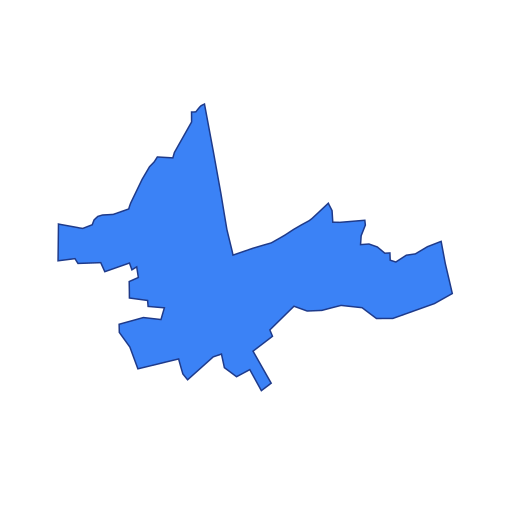 outline of Al-Ahram, Al Jizah, Egypt, rotated 283°
{"feature_id": "37247803B9687639154335", "entity_name": "Al-Ahram", "entity_type": "district", "adm_level": 2, "iso_a3": "EGY", "parent_name": "Egypt", "parent_adm1": "Al Jizah", "projection": "albers", "projection_center": [31.147, 29.99], "detail": "fine", "context": "isolated", "style": "filled", "palette": "blue", "viewbox_px": 512, "rotation_deg": 283, "n_neighbors": 0, "source": "geoboundaries", "source_scale": "gbopen_adm2", "svg_char_len": 1701}
<svg xmlns="http://www.w3.org/2000/svg" viewBox="0 0 512 512"><g transform="rotate(283 256 256)"><path d="M381.8,160.8L372.1,163.1L338.5,153.2L332.9,152.9L330.3,137.6L324.7,135.6L319.1,132.2L305.1,127.8L289.6,124.3L279.5,122.0L276.2,121.6L273.2,121.4L264.4,107.5L262.1,99.6L261.4,97.2L259.0,93.0L257.0,91.6L254.7,90.1L249.6,89.4L243.9,81.0L243.6,77.4L243.6,75.6L243.5,73.8L243.4,71.5L242.8,59.0L242.7,56.3L242.0,56.5L221.0,61.1L206.8,64.2L212.7,80.2L208.7,84.2L214.6,106.2L206.7,112.2L220.7,134.3L214.6,138.2L218.6,142.2L208.6,146.2L202.6,138.2L192.9,140.6L186.6,142.1L188.3,160.4L182.6,162.2L184.9,178.4L178.2,178.0L172.7,177.7L170.7,160.1L166.5,152.4L161.8,143.7L158.7,138.0L150.8,140.0L138.9,153.6L136.3,155.3L119.5,166.3L123.0,173.3L132.1,191.4L138.3,203.8L136.9,204.5L129.9,208.3L124.6,211.3L120.0,217.2L148.1,237.0L152.7,244.4L140.1,250.3L134.0,264.2L143.9,275.5L126.0,291.5L135.5,299.4L162.6,274.5L181.5,290.1L187.1,286.1L215.6,304.3L213.9,318.2L217.8,332.4L222.2,340.7L227.0,350.0L228.1,359.3L229.5,371.0L225.3,380.4L222.2,387.4L225.9,403.3L249.8,440.6L263.6,455.7L276.9,449.2L291.3,442.1L311.9,433.1L303.6,420.9L293.9,410.8L290.6,402.3L281.6,393.6L282.1,387.7L289.1,385.8L287.7,380.9L292.1,372.2L293.1,363.4L290.6,355.3L299.4,353.9L310.7,355.6L315.3,354.0L307.7,330.3L306.2,323.2L317.3,319.9L319.0,318.5L322.4,315.6L323.7,314.6L305.2,302.2L302.4,299.9L296.4,293.1L290.4,286.7L282.7,279.3L276.2,272.3L272.9,268.7L272.0,267.6L268.6,261.4L263.9,253.1L262.9,251.3L251.7,233.4L255.5,231.6L273.4,222.6L275.2,221.7L289.9,215.6L308.6,207.9L348.0,191.0L392.5,171.6L390.1,168.7L388.4,167.6L386.2,166.5L383.0,165.0L382.4,163.3L381.8,160.8Z" fill="#3b82f6" stroke="#1e3a8a" stroke-width="1.5"/></g></svg>